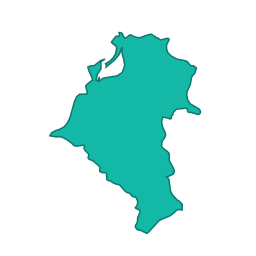 Fier, Robinson projection, rotated 15°
{"feature_id": "ALB-1495", "entity_name": "Fier", "entity_type": "County", "adm_level": 1, "iso_a3": "ALB", "parent_name": "Albania", "parent_adm1": "", "projection": "robinson", "projection_center": [19.627, 40.746], "detail": "fine", "context": "isolated", "style": "filled", "palette": "teal", "viewbox_px": 256, "rotation_deg": 15, "n_neighbors": 0, "source": "natural_earth", "source_scale": "10m", "svg_char_len": 3426}
<svg xmlns="http://www.w3.org/2000/svg" viewBox="0 0 256 256"><g transform="rotate(15 128 128)"><path d="M54.5,155.8L54.5,155.6L55.7,152.1L59.0,149.1L63.0,146.4L66.0,143.4L68.2,138.7L69.2,133.7L69.5,116.0L70.3,111.1L72.5,107.9L77.0,106.7L79.6,105.6L78.9,103.0L77.1,100.2L76.3,98.4L77.4,96.0L79.1,93.6L80.7,91.8L81.4,91.2L79.5,87.8L75.8,83.4L73.4,79.5L75.5,77.8L79.2,76.5L84.0,70.1L88.0,67.4L84.6,71.0L86.6,77.9L84.6,83.9L84.6,90.2L86.4,90.2L87.2,86.0L87.2,86.9L87.5,87.9L88.0,90.2L91.2,86.2L104.0,80.4L108.1,75.8L108.6,68.4L106.0,62.6L102.8,57.2L101.3,51.3L100.5,59.0L97.4,65.9L91.1,74.8L91.0,73.5L89.6,71.7L92.3,69.2L95.1,65.0L96.8,59.6L96.3,53.4L95.1,51.9L91.1,50.4L89.7,49.3L92.4,43.0L92.9,42.5L93.6,42.0L94.4,42.1L95.7,41.5L95.8,40.6L95.5,39.7L94.6,38.2L95.3,38.0L96.6,37.7L97.4,37.9L98.3,38.6L100.3,41.2L101.7,41.8L102.7,41.3L103.7,40.3L105.0,38.3L106.2,37.5L107.4,37.4L108.5,37.8L109.5,38.1L113.3,38.2L115.7,37.9L117.7,36.7L121.9,33.6L124.3,32.2L126.1,31.4L127.0,31.5L128.8,32.4L130.7,32.7L130.9,32.8L131.2,33.1L131.6,33.4L134.0,33.4L134.7,33.7L135.1,34.2L136.4,34.5L137.7,34.0L141.9,31.6L143.2,31.1L143.9,31.1L144.3,31.3L144.7,31.7L144.8,32.4L144.8,33.0L144.2,35.2L143.8,37.0L143.9,38.2L144.3,40.2L145.5,42.9L147.5,45.3L151.0,47.2L157.0,48.8L165.8,48.2L168.2,48.6L170.8,50.5L172.5,51.4L174.4,51.3L175.4,51.0L178.6,52.3L178.3,58.0L176.5,61.5L176.3,62.5L176.9,69.6L176.8,71.2L175.8,76.4L175.7,78.1L175.9,79.8L176.5,81.6L178.7,85.7L180.9,87.7L182.3,88.7L192.2,91.4L193.4,92.9L193.7,93.5L194.0,94.7L193.3,96.0L192.7,96.8L184.8,96.6L182.3,97.2L181.1,95.9L180.0,94.3L179.4,93.8L178.8,93.7L176.1,95.0L172.4,96.2L170.6,97.0L169.5,97.7L168.8,99.2L167.7,101.2L167.6,102.1L167.8,102.9L167.9,103.5L167.1,104.9L167.0,105.9L167.2,107.0L167.1,108.0L166.0,108.4L164.8,108.2L159.1,108.2L158.7,111.3L158.8,112.7L159.5,114.9L160.7,117.4L165.3,123.1L166.2,125.2L165.9,128.0L164.7,130.9L164.5,131.9L164.5,133.1L164.8,135.2L165.1,136.7L166.1,137.9L169.3,139.4L171.4,140.1L173.4,141.3L174.6,142.3L176.2,148.6L182.9,155.8L184.1,158.1L183.7,160.7L181.6,162.6L179.8,164.0L178.1,164.8L177.7,165.2L177.9,165.5L179.1,165.6L180.3,166.5L181.5,168.4L185.1,177.5L187.8,180.8L193.7,184.6L197.1,185.7L199.3,187.1L200.2,187.8L201.5,193.2L198.1,193.6L196.9,194.3L195.7,195.6L194.2,198.3L192.6,200.4L191.0,202.2L183.6,207.8L181.9,209.7L174.9,223.0L174.1,224.2L173.5,224.9L170.1,224.3L166.8,223.6L164.4,223.9L162.5,223.4L161.0,222.1L160.5,221.0L160.5,219.8L160.9,218.7L161.2,217.2L161.3,215.8L160.6,212.5L160.5,211.4L160.8,210.5L161.2,207.5L161.2,205.6L160.6,204.7L159.7,204.2L156.1,203.5L155.7,203.1L155.7,202.7L155.9,202.3L156.3,202.0L156.7,201.0L156.8,199.5L156.5,196.8L155.6,195.3L154.1,193.5L153.1,192.9L152.1,192.7L151.5,192.9L150.9,193.2L150.2,193.0L149.0,192.4L147.4,191.2L146.2,190.6L145.2,190.5L144.2,190.6L143.3,190.5L141.6,189.8L134.7,185.2L130.1,185.2L126.9,184.6L125.1,183.7L122.8,183.9L121.5,183.6L120.7,183.0L119.9,180.1L119.4,178.9L119.6,178.3L119.4,177.9L119.0,177.5L117.9,177.2L116.7,177.2L114.8,177.8L113.2,177.7L112.1,177.3L111.5,176.2L111.3,175.4L111.4,174.5L111.4,173.8L110.6,172.9L109.2,171.9L103.4,169.1L101.0,168.5L98.7,168.3L97.5,167.7L97.0,166.2L97.2,165.1L97.0,164.0L96.0,162.9L93.3,161.4L91.7,160.2L90.8,159.1L90.7,158.3L90.8,157.7L90.8,156.8L90.2,156.3L88.9,156.4L83.1,158.8L80.7,159.1L76.9,156.9L71.7,155.0L68.2,154.2L64.7,153.9L60.7,155.2L54.6,155.8L54.5,155.8Z" fill="#14b8a6" stroke="#0f766e" stroke-width="1.5"/></g></svg>